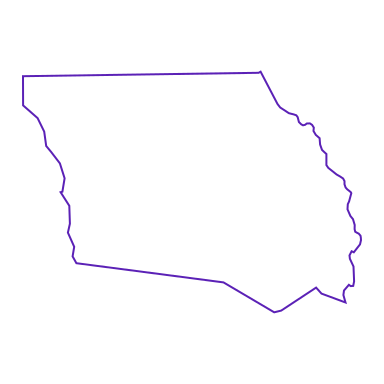 outline of Shelby, Texas, United States of America
{"feature_id": "52423323B47536211032207", "entity_name": "Shelby", "entity_type": "district", "adm_level": 2, "iso_a3": "USA", "parent_name": "United States of America", "parent_adm1": "Texas", "projection": "natural_earth1", "projection_center": [-93.987, 31.776], "detail": "fine", "context": "isolated", "style": "outline", "palette": "violet", "viewbox_px": 384, "rotation_deg": 0, "n_neighbors": 0, "source": "geoboundaries", "source_scale": "gbopen_adm2", "svg_char_len": 1103}
<svg xmlns="http://www.w3.org/2000/svg" viewBox="0 0 384 384"><path d="M51.1,151.9L59.9,163.4L64.6,178.3L62.4,191.7L60.6,192.2L69.3,205.8L69.9,223.7L67.9,232.6L74.2,246.8L72.6,256.4L76.4,263.2L223.5,282.4L274.2,312.3L281.2,310.6L316.1,287.6L321.5,293.6L345.5,302.5L343.4,295.0L344.0,290.5L348.9,284.8L350.7,286.1L353.2,285.9L354.1,281.4L353.5,266.5L349.9,258.8L349.5,255.4L351.6,251.3L353.8,252.3L360.0,244.4L361.0,240.1L360.8,237.4L360.5,235.7L358.7,233.6L357.2,232.9L355.2,231.7L354.6,229.1L354.7,225.0L353.0,219.2L350.4,216.0L347.5,209.3L347.8,204.2L349.1,201.4L351.3,193.2L350.9,192.3L349.0,190.7L347.2,189.3L345.6,187.5L344.5,184.3L344.5,181.1L343.1,178.5L340.1,176.5L336.6,174.5L328.3,167.9L326.4,165.1L326.4,154.0L324.3,152.1L322.0,149.9L320.1,144.5L319.6,138.2L315.8,134.9L313.5,131.0L313.8,127.6L312.1,124.9L309.9,123.4L306.8,123.5L305.1,124.8L303.0,125.3L301.2,124.3L298.9,122.0L297.7,117.2L296.3,115.3L293.7,114.4L288.9,113.2L280.2,107.5L277.5,104.0L260.6,71.7L258.6,72.8L23.0,76.2L23.1,105.4L37.6,118.1L44.2,131.6L46.2,146.0L51.1,151.9Z" fill="none" stroke="#5b21b6" stroke-width="2"/></svg>